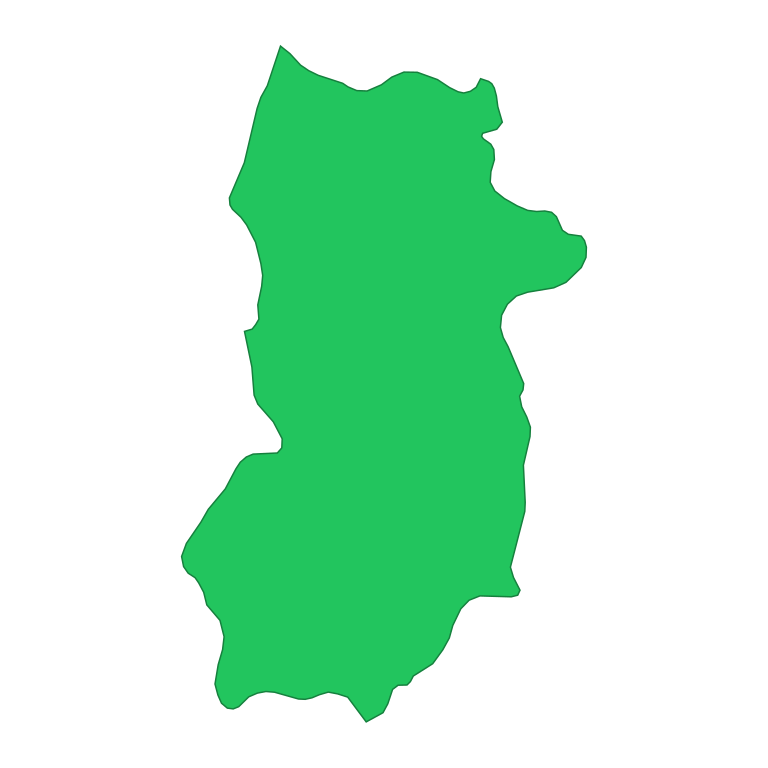 map outline of Nara (Mercator projection)
{"feature_id": "JPN-1851", "entity_name": "Nara", "entity_type": "Prefecture", "adm_level": 1, "iso_a3": "JPN", "parent_name": "Japan", "parent_adm1": "", "projection": "mercator", "projection_center": [135.875, 34.299], "detail": "fine", "context": "isolated", "style": "filled", "palette": "green", "viewbox_px": 768, "rotation_deg": 0, "n_neighbors": 0, "source": "natural_earth", "source_scale": "10m", "svg_char_len": 1917}
<svg xmlns="http://www.w3.org/2000/svg" viewBox="0 0 768 768"><path d="M480.6,78.7L488.6,81.4L491.8,83.7L494.3,88.1L496.4,96.0L497.8,106.7L502.3,122.2L496.8,129.2L482.6,133.3L481.6,136.3L483.3,138.8L490.8,144.2L493.8,149.5L494.4,159.6L490.9,171.7L490.2,182.3L494.8,191.0L504.4,198.6L517.2,205.9L527.7,210.4L536.6,211.5L544.8,211.0L551.6,212.3L556.4,216.7L562.4,230.3L568.3,234.3L581.2,236.1L584.5,240.6L586.4,247.2L586.0,257.4L581.3,267.5L566.0,282.3L553.8,287.8L527.5,292.2L516.4,296.0L507.4,304.2L501.6,315.2L500.4,327.6L503.2,337.5L508.1,346.7L523.7,383.6L523.0,389.9L519.6,396.2L521.7,406.8L526.8,417.1L530.4,427.2L530.0,436.6L523.4,465.2L525.2,502.4L524.8,511.4L510.4,567.2L513.5,577.5L520.0,590.2L517.7,595.2L511.3,596.8L479.9,595.9L469.1,600.2L460.8,608.8L452.8,625.4L449.3,638.0L442.8,649.8L432.7,663.7L413.3,676.0L410.4,681.6L407.0,685.0L398.1,685.2L392.6,689.4L387.8,703.8L383.0,712.7L366.2,721.9L347.7,697.1L337.7,693.9L328.3,692.1L319.4,694.7L312.0,697.8L305.2,699.3L298.5,699.0L274.5,692.2L265.9,691.5L257.4,693.1L248.8,696.8L238.7,706.7L233.2,708.9L227.3,708.1L221.5,703.2L217.9,695.0L215.0,684.0L218.2,664.7L222.6,649.6L224.1,636.7L220.0,620.4L206.8,604.9L203.7,592.3L198.7,582.9L195.1,577.7L188.2,573.2L183.6,566.6L181.6,556.5L186.4,543.4L200.9,522.2L208.3,509.3L225.3,488.9L236.0,468.7L240.3,462.2L246.3,457.0L253.1,454.1L277.3,453.0L281.8,447.9L282.2,438.8L273.3,421.8L257.8,404.1L254.1,395.1L251.9,367.0L244.5,331.4L252.2,329.1L255.7,324.6L258.9,319.1L257.8,304.9L261.7,286.2L262.7,275.4L260.9,263.6L255.6,242.3L246.7,225.0L241.0,217.3L232.5,209.3L230.0,205.0L229.4,197.9L244.3,162.8L257.1,108.5L260.9,97.3L267.3,85.8L280.5,46.1L290.0,53.7L300.5,65.1L308.6,70.6L318.2,75.3L342.7,83.3L348.0,86.9L356.8,90.6L367.1,91.0L381.4,84.8L391.8,77.1L403.9,72.1L417.3,72.3L437.5,79.6L449.6,87.6L458.1,91.8L463.8,93.0L470.4,91.3L476.2,87.3L480.6,78.7Z" fill="#22c55e" stroke="#15803d" stroke-width="1.5"/></svg>